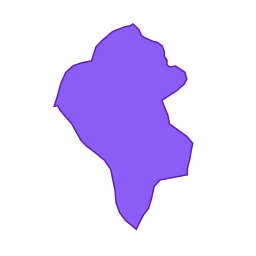 Pukchong, Hamgyŏng-namdo, North Korea (Equal Earth projection), rotated 258°
{"feature_id": "82179303B88623362081426", "entity_name": "Pukchong", "entity_type": "district", "adm_level": 2, "iso_a3": "PRK", "parent_name": "North Korea", "parent_adm1": "Hamgyŏng-namdo", "projection": "equal_earth", "projection_center": [128.374, 40.231], "detail": "fine", "context": "isolated", "style": "filled", "palette": "violet", "viewbox_px": 256, "rotation_deg": 258, "n_neighbors": 0, "source": "geoboundaries", "source_scale": "gbopen_adm2", "svg_char_len": 952}
<svg xmlns="http://www.w3.org/2000/svg" viewBox="0 0 256 256"><g transform="rotate(258 128 128)"><path d="M69.9,176.3L76.4,177.8L85.4,182.3L93.1,185.2L99.5,188.2L107.4,183.9L115.4,176.7L123.3,169.5L132.4,169.6L140.2,168.2L148.0,166.8L154.2,182.8L159.2,192.1L163.7,195.7L170.9,195.2L172.0,194.1L178.7,187.3L179.0,181.7L181.1,179.7L182.3,179.3L186.1,180.3L190.2,178.4L195.1,179.4L201.3,178.4L205.6,174.7L207.4,170.7L213.3,162.5L215.8,160.3L218.5,159.8L222.1,159.1L228.8,154.4L227.5,151.4L227.6,145.6L226.5,138.3L225.3,132.5L219.0,120.9L214.0,113.6L201.2,106.2L201.4,96.1L200.3,87.4L195.3,78.7L185.1,71.3L173.5,65.4L164.6,60.3L164.5,63.9L159.3,65.3L151.4,69.6L143.6,73.9L134.4,76.7L125.3,79.6L118.7,83.9L112.1,89.6L101.5,98.2L91.1,102.5L79.4,102.4L70.3,102.4L57.4,100.8L47.0,102.2L37.8,106.5L27.2,115.1L34.9,120.9L40.0,125.3L45.0,131.2L52.7,135.6L65.5,141.5L70.6,148.8L70.2,163.3L69.9,176.3Z" fill="#8b5cf6" stroke="#5b21b6" stroke-width="1.5"/></g></svg>